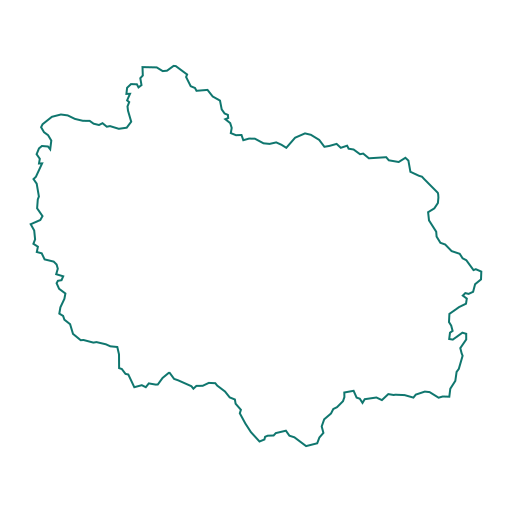 outline of Adjuntas, Puerto Rico
{"feature_id": "32010507B57249745430969", "entity_name": "Adjuntas", "entity_type": "district", "adm_level": 2, "iso_a3": "PRI", "parent_name": "Puerto Rico", "parent_adm1": "", "projection": "orthographic", "projection_center": [-66.756, 18.181], "detail": "fine", "context": "isolated", "style": "outline", "palette": "teal", "viewbox_px": 512, "rotation_deg": 0, "n_neighbors": 0, "source": "geoboundaries", "source_scale": "gbopen_adm2", "svg_char_len": 3081}
<svg xmlns="http://www.w3.org/2000/svg" viewBox="0 0 512 512"><path d="M82.9,120.8L82.0,120.6L74.9,118.9L67.7,115.4L60.9,114.5L51.9,116.8L42.6,124.2L41.1,127.2L44.0,132.2L48.1,135.2L51.3,140.6L50.2,149.3L48.0,146.5L41.9,146.0L39.0,148.4L36.6,154.2L39.8,158.8L39.0,163.5L42.1,163.4L35.9,176.8L33.5,179.1L36.7,183.7L38.9,196.5L37.8,199.4L37.1,208.3L42.5,216.1L40.3,220.0L30.7,224.2L34.2,230.5L35.1,239.4L33.4,243.8L37.9,246.7L36.8,252.0L41.7,253.3L44.6,259.4L53.7,261.6L56.6,264.5L57.8,268.7L56.2,274.2L63.2,276.3L61.5,280.2L57.9,280.8L56.6,283.2L59.1,288.8L65.4,293.5L64.4,298.8L60.4,307.3L59.3,313.6L63.1,315.9L64.4,319.7L70.1,324.2L73.0,333.9L80.7,340.2L83.5,340.0L93.4,342.6L96.5,342.1L105.9,344.3L110.3,346.3L117.3,347.0L119.0,354.4L119.1,368.1L121.8,369.0L125.5,373.9L128.3,374.5L134.3,387.2L141.8,385.2L145.8,387.2L148.8,383.4L155.7,384.6L157.8,384.5L162.6,377.9L168.7,372.9L169.7,372.9L174.1,378.9L178.1,380.3L191.4,386.2L193.4,388.7L196.4,385.9L202.7,385.8L208.8,382.9L209.0,382.9L215.3,383.2L217.2,385.6L225.0,391.5L229.7,397.4L234.9,399.5L235.6,403.7L240.9,409.8L239.8,413.3L245.4,423.6L250.9,432.1L259.5,441.5L264.4,439.5L265.1,436.8L267.7,435.7L273.6,435.5L275.8,433.1L285.9,430.7L289.4,435.7L294.4,437.3L306.1,446.1L317.2,443.3L319.4,437.5L323.4,432.9L321.7,426.4L324.2,419.3L331.0,413.5L333.3,409.0L337.0,407.2L343.0,401.2L344.4,397.1L344.3,392.5L353.6,390.8L356.6,397.6L359.8,398.7L362.5,402.9L364.7,399.2L376.4,397.5L381.9,400.1L388.3,394.1L393.7,395.0L395.3,394.7L404.6,395.1L413.4,397.6L415.8,394.6L424.8,391.6L429.6,392.1L438.6,397.7L442.7,396.5L449.3,396.7L450.3,388.7L455.3,380.9L456.6,371.9L458.8,368.9L462.6,355.8L461.6,353.2L460.3,348.1L466.2,339.5L466.2,333.8L462.4,332.7L452.8,339.6L449.2,339.0L450.0,332.7L452.6,330.9L451.2,325.6L449.0,322.1L449.4,313.9L459.2,307.0L466.0,303.7L466.8,298.6L462.8,295.6L465.3,293.1L468.6,293.9L473.1,291.8L475.1,284.2L481.0,279.4L481.3,271.6L475.8,269.2L473.5,270.1L466.3,260.2L462.6,258.3L459.7,253.8L451.6,251.1L445.2,244.5L440.4,242.8L436.6,236.6L436.2,231.7L429.0,220.4L428.1,212.2L434.3,208.4L437.9,203.0L438.4,197.6L438.2,194.5L437.8,192.8L424.0,178.9L422.0,176.7L419.0,175.8L410.4,171.8L408.4,160.6L405.4,157.8L398.7,162.0L388.8,160.3L386.2,157.2L368.9,158.3L363.2,153.6L360.0,154.2L353.6,149.5L348.6,148.7L348.0,147.4L347.1,145.7L340.8,147.8L336.6,143.9L329.5,145.9L324.4,146.8L319.2,139.9L310.9,134.8L305.0,133.4L295.1,137.7L286.3,147.8L281.5,144.8L276.2,142.4L269.6,143.9L263.5,143.3L254.9,138.7L249.0,138.6L243.3,140.2L241.5,135.0L236.0,135.2L230.8,133.1L231.7,127.9L230.2,123.1L225.3,119.2L228.2,118.0L227.9,114.9L224.6,113.5L221.7,109.4L220.0,100.6L212.7,96.5L207.5,89.9L196.5,90.8L195.0,88.0L190.7,86.2L186.1,77.0L187.1,74.5L175.8,66.1L173.6,65.9L167.0,70.7L162.7,71.1L156.7,67.4L142.5,67.1L142.8,75.5L140.3,78.2L141.5,85.1L138.5,87.4L136.9,84.3L131.0,84.1L127.1,87.8L126.4,93.9L130.0,93.8L127.1,100.4L129.2,102.1L127.5,106.4L128.0,110.7L131.2,121.7L126.7,127.7L118.8,128.8L110.0,126.1L106.8,126.7L102.5,123.2L99.0,125.0L93.6,123.7L89.7,120.9L82.9,120.8Z" fill="none" stroke="#0f766e" stroke-width="2"/></svg>